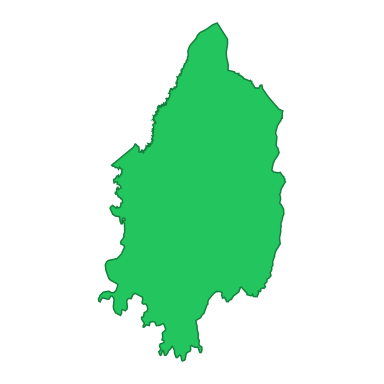 Renu Nakhon, Nakhon Phanom, Thailand (Equal Earth projection)
{"feature_id": "78962969B93131496494320", "entity_name": "Renu Nakhon", "entity_type": "district", "adm_level": 2, "iso_a3": "THA", "parent_name": "Thailand", "parent_adm1": "Nakhon Phanom", "projection": "equal_earth", "projection_center": [104.629, 17.057], "detail": "fine", "context": "isolated", "style": "filled", "palette": "green", "viewbox_px": 384, "rotation_deg": 0, "n_neighbors": 0, "source": "geoboundaries", "source_scale": "gbopen_adm2", "svg_char_len": 6025}
<svg xmlns="http://www.w3.org/2000/svg" viewBox="0 0 384 384"><path d="M197.6,35.2L195.9,38.7L190.1,45.3L188.7,48.4L187.9,51.0L188.3,55.6L187.6,56.8L187.5,60.0L186.8,60.0L186.7,61.0L186.2,61.1L186.2,62.5L184.3,64.1L184.6,65.1L183.7,66.0L183.8,67.2L182.4,69.1L181.9,69.1L182.0,70.4L181.3,70.4L181.8,71.2L181.1,71.9L181.6,72.2L181.1,73.9L180.2,73.8L180.4,75.3L179.4,74.8L178.6,76.8L177.0,77.0L177.9,79.3L177.0,80.1L177.0,82.1L176.3,82.1L176.0,82.8L176.1,83.6L177.0,83.6L176.5,84.1L177.0,86.1L176.2,87.3L175.3,87.5L174.9,86.4L174.8,88.4L174.1,87.8L174.0,88.6L172.9,89.1L172.2,88.8L172.2,89.5L171.3,88.6L170.6,88.8L170.9,89.7L170.0,90.3L170.3,91.0L169.6,91.4L169.7,92.5L168.8,93.3L170.0,93.7L169.7,96.5L168.0,98.9L168.4,99.4L168.0,99.7L166.8,98.2L166.1,98.6L166.9,100.1L166.3,101.9L165.4,102.5L165.6,103.1L166.6,103.4L166.1,104.9L164.7,104.5L163.8,103.3L163.4,104.7L164.2,105.0L163.7,105.7L162.7,106.0L162.8,104.4L161.6,104.5L161.0,107.0L160.1,105.7L158.9,105.6L159.3,107.3L157.9,106.8L157.9,107.9L157.4,108.3L157.7,109.7L158.6,109.9L158.5,110.9L158.1,111.5L156.8,111.0L155.6,112.0L155.8,112.9L157.0,112.9L157.0,114.5L155.8,114.6L155.6,115.6L154.6,115.2L154.5,116.4L153.4,115.9L153.8,116.8L153.4,117.7L153.7,118.4L152.7,119.5L154.0,119.2L153.7,120.8L154.8,120.8L154.9,121.6L155.9,122.5L155.6,123.4L154.4,122.9L154.0,124.0L152.9,124.6L153.0,125.7L153.7,126.6L153.5,128.4L152.8,128.7L153.6,129.3L152.3,130.1L153.4,131.2L152.3,131.7L153.4,132.8L152.7,133.5L153.4,135.1L153.3,135.8L152.1,135.8L152.8,136.8L151.9,138.4L152.7,139.2L151.8,139.8L152.9,140.8L151.8,141.6L152.1,143.4L150.9,144.5L150.5,143.8L150.3,145.0L149.2,143.7L147.9,143.5L149.3,146.4L148.7,146.6L148.1,145.6L147.1,145.8L146.7,147.4L146.1,146.4L145.6,149.8L145.2,150.1L144.9,149.4L143.8,150.9L143.8,151.7L143.3,151.4L143.1,152.4L142.4,151.1L142.8,150.4L141.8,150.0L140.6,151.6L141.0,152.0L138.9,151.9L139.2,149.7L138.8,146.8L136.6,145.6L136.5,144.7L135.2,144.0L133.5,147.2L111.6,165.2L112.6,166.2L114.5,166.4L115.4,167.6L116.3,167.3L118.0,168.2L118.5,169.3L119.7,167.1L120.9,169.0L122.4,169.4L121.8,170.4L121.8,173.9L120.9,174.0L120.6,175.2L118.5,177.2L118.4,175.2L116.6,176.4L115.4,178.9L113.8,179.4L113.6,180.7L114.1,183.0L115.7,181.9L117.6,182.1L117.1,184.0L119.5,185.0L121.0,187.0L120.9,188.2L119.7,188.4L118.6,189.6L117.7,189.2L118.1,187.4L117.4,187.5L116.6,189.2L116.5,192.3L115.4,192.3L115.2,192.9L115.8,194.2L117.2,194.1L118.3,196.8L120.4,197.7L120.6,198.7L122.2,199.2L122.5,202.8L121.8,203.4L121.0,203.1L120.5,206.8L118.4,207.9L117.1,206.6L116.2,208.1L112.5,205.4L110.4,207.3L110.1,208.4L112.7,214.2L115.5,216.1L119.5,216.7L120.2,221.5L121.2,223.9L122.4,223.7L122.0,221.2L122.6,218.3L123.8,217.9L125.1,218.9L124.9,220.7L123.4,220.1L122.9,220.7L124.5,223.8L124.7,232.2L123.8,234.4L123.9,237.3L121.1,241.0L120.6,242.5L121.0,244.0L123.9,245.3L124.5,247.1L121.4,254.1L117.0,258.6L108.2,260.5L106.6,261.9L105.3,264.9L106.0,270.6L109.0,278.7L110.4,280.1L117.7,284.2L117.7,285.8L116.4,289.8L114.9,291.8L112.9,292.8L111.5,292.7L108.9,291.2L103.2,292.2L100.2,295.2L98.5,299.2L98.9,301.3L100.2,301.9L101.4,299.2L102.8,297.7L108.1,299.4L109.2,298.8L111.0,296.0L112.1,296.1L113.3,297.4L114.1,299.6L113.3,306.6L113.7,309.3L115.7,313.0L120.5,315.4L121.7,313.0L121.6,310.8L122.1,309.8L123.1,309.6L125.3,310.8L126.9,309.2L127.4,307.0L126.7,301.6L127.3,299.4L129.0,298.4L131.2,298.7L133.1,294.4L135.3,293.4L142.4,297.2L142.7,299.6L142.0,302.9L143.5,304.2L145.4,303.9L146.2,304.4L147.2,306.2L147.8,309.0L146.9,311.2L144.2,312.7L143.4,317.0L141.6,317.1L141.6,319.1L144.2,323.1L144.0,324.4L143.1,325.7L143.2,327.1L144.1,327.1L146.2,324.9L149.4,325.5L149.8,322.4L153.0,321.5L154.9,322.2L156.5,325.7L160.0,325.3L162.9,323.5L163.9,324.3L165.6,328.7L165.3,330.4L162.7,332.5L162.3,333.6L162.8,337.2L161.9,339.9L163.9,340.5L164.1,342.0L162.8,343.2L160.4,343.8L159.6,345.3L159.7,346.7L160.9,349.3L158.8,351.7L159.8,354.8L160.6,355.4L161.3,354.8L162.5,350.4L163.5,351.0L164.5,355.2L166.0,355.3L167.8,352.8L168.6,350.6L170.5,349.1L171.8,346.5L172.4,346.3L174.5,350.4L174.5,353.1L176.1,357.5L177.1,357.7L179.5,355.2L180.2,355.2L181.1,356.5L181.7,360.1L182.4,361.0L184.2,360.4L185.2,359.4L186.0,354.4L186.9,352.7L190.3,351.0L190.7,349.6L190.5,346.2L191.2,345.5L194.9,347.3L197.6,347.2L198.3,347.9L199.8,352.5L200.7,352.7L201.4,352.1L202.0,349.7L201.7,346.8L199.6,345.7L198.9,344.4L199.3,340.4L198.0,338.3L198.4,334.2L197.2,329.6L197.0,325.6L196.2,323.6L196.0,320.4L200.6,317.7L202.1,315.0L203.9,313.4L206.9,305.1L207.9,304.1L207.8,301.9L208.8,299.2L213.6,293.7L216.5,291.2L216.9,291.8L219.3,291.4L222.0,292.4L221.7,295.0L222.5,298.2L224.5,297.3L226.7,301.7L228.2,301.8L229.5,300.0L231.4,299.4L233.2,296.2L238.9,291.8L239.6,289.2L240.1,288.7L240.0,287.9L241.3,287.0L247.2,293.6L246.9,294.6L250.8,295.7L252.4,295.4L252.6,294.6L253.4,296.5L257.0,296.7L258.6,293.3L258.3,291.1L260.3,291.6L260.8,291.0L260.6,289.6L260.9,288.6L262.9,288.0L264.0,288.4L265.5,286.7L264.6,285.1L264.6,283.9L266.8,282.0L267.1,279.0L269.0,278.1L271.0,275.7L270.2,272.4L271.6,270.4L271.8,268.3L271.4,267.2L272.8,265.6L272.7,261.3L274.6,256.3L274.6,254.6L275.8,251.0L280.2,243.8L279.5,238.1L280.7,231.8L280.7,227.6L281.2,226.8L280.9,223.1L281.7,221.4L282.9,216.1L283.7,214.7L283.8,212.9L283.5,208.8L281.2,204.7L279.7,203.1L280.6,199.1L280.3,196.1L279.5,194.7L280.5,192.9L280.7,190.5L282.0,187.5L285.5,181.6L284.7,180.6L284.8,179.0L283.8,177.8L283.7,176.5L282.4,175.8L280.3,172.3L278.2,172.8L274.0,172.1L271.8,170.3L273.1,163.8L274.8,159.7L277.0,156.8L279.1,152.7L277.8,148.0L276.8,147.0L276.1,144.9L276.9,137.0L275.5,133.0L277.4,125.9L280.1,121.3L280.7,121.0L281.4,118.4L282.2,118.3L282.2,113.4L282.8,110.9L279.0,109.3L268.5,97.2L262.6,88.8L261.9,85.1L260.2,85.3L258.8,88.3L254.7,87.7L252.8,84.1L251.8,83.2L251.8,81.5L251.0,81.4L250.5,80.4L249.5,80.9L243.4,78.4L243.1,77.3L239.9,75.2L238.8,75.2L238.9,73.5L236.4,73.5L234.6,72.8L234.4,71.8L228.1,70.4L228.2,64.4L226.6,57.5L226.2,52.2L227.5,44.4L227.5,39.3L217.2,23.0L212.9,24.7L205.9,29.6L200.1,32.5L197.6,35.2Z" fill="#22c55e" stroke="#15803d" stroke-width="1.5"/></svg>